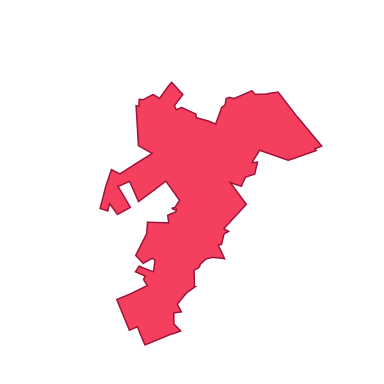 Tubutama, Sonora, Mexico (Albers equal-area conic projection), rotated 234°
{"feature_id": "50627088B99334846308648", "entity_name": "Tubutama", "entity_type": "district", "adm_level": 2, "iso_a3": "MEX", "parent_name": "Mexico", "parent_adm1": "Sonora", "projection": "albers", "projection_center": [-111.464, 30.932], "detail": "fine", "context": "isolated", "style": "filled", "palette": "rose", "viewbox_px": 384, "rotation_deg": 234, "n_neighbors": 0, "source": "geoboundaries", "source_scale": "gbopen_adm2", "svg_char_len": 3555}
<svg xmlns="http://www.w3.org/2000/svg" viewBox="0 0 384 384"><g transform="rotate(234 192 192)"><path d="M152.9,323.9L177.3,322.3L183.4,321.9L184.0,321.9L184.5,321.9L184.8,321.9L185.0,321.9L185.3,321.9L187.5,321.6L190.2,321.5L191.1,321.2L196.3,321.1L222.2,320.4L225.5,314.1L227.1,311.1L227.1,310.2L233.9,300.5L238.6,300.0L238.8,299.7L240.9,289.9L242.9,281.0L246.8,277.6L247.5,274.4L244.6,271.6L243.0,269.9L242.9,265.7L233.1,251.1L239.7,247.1L249.2,239.5L249.5,239.3L249.5,239.2L252.8,240.9L266.6,233.2L267.7,227.6L272.2,228.5L276.2,241.9L292.7,240.0L291.5,234.8L286.8,220.7L293.7,217.9L294.8,211.0L295.3,206.8L297.8,204.2L297.8,203.5L297.2,203.1L292.6,199.5L294.7,197.5L266.9,179.7L261.0,175.9L246.6,182.5L246.9,178.0L247.9,164.3L248.2,158.6L248.2,158.1L249.0,144.3L253.1,142.2L257.5,140.0L247.2,125.5L232.7,108.0L226.2,112.7L231.0,118.5L217.6,118.5L215.8,133.1L239.9,135.4L237.3,147.8L215.7,143.1L215.7,143.7L215.8,158.9L216.1,172.8L216.2,177.2L208.4,177.2L192.5,177.0L190.5,171.4L189.5,169.5L190.5,166.4L189.3,166.5L187.7,167.8L187.5,169.1L185.8,168.2L185.7,166.7L186.3,163.4L186.7,162.6L187.4,158.6L180.7,155.1L192.8,139.4L193.7,138.2L192.5,137.2L184.9,130.8L173.8,109.2L163.0,110.5L161.7,121.0L158.5,122.0L150.3,114.0L150.7,113.7L150.9,113.3L162.0,106.1L162.1,106.4L163.1,105.7L160.7,99.4L151.9,104.4L151.8,104.5L151.5,104.7L149.7,101.4L142.6,100.9L145.5,83.8L145.6,83.5L146.2,80.5L149.2,67.9L127.2,62.6L116.9,60.1L116.4,62.9L115.0,68.6L100.0,64.9L95.9,64.1L91.3,83.2L91.2,83.7L91.0,84.7L90.8,85.2L90.4,87.0L90.3,87.7L90.1,88.2L90.0,89.0L89.8,89.6L89.6,90.3L89.5,90.8L89.3,91.8L88.8,92.3L88.6,93.1L86.9,98.5L87.1,98.5L86.2,101.2L95.9,99.8L98.2,101.4L104.9,106.2L101.3,112.9L109.9,114.2L112.4,123.6L113.6,128.6L113.5,139.1L114.2,138.2L115.9,139.7L127.5,147.7L126.8,152.6L127.7,155.2L128.7,155.8L129.2,160.3L129.6,163.2L129.4,164.4L127.4,169.5L125.2,172.3L124.7,172.9L124.5,173.0L124.4,173.2L124.3,173.3L124.2,173.4L124.0,173.7L123.8,173.9L123.6,174.1L123.3,174.4L123.2,174.5L122.9,174.9L122.7,175.1L122.4,175.5L122.0,175.9L121.7,176.3L121.2,176.7L121.0,176.9L120.7,177.3L120.4,177.6L120.2,177.8L120.0,178.0L119.7,178.3L119.5,178.5L119.3,178.7L119.1,178.9L118.9,179.1L119.1,179.1L119.5,179.2L119.9,179.3L120.0,179.3L120.3,179.4L120.9,179.5L121.3,179.6L121.7,179.7L122.0,179.7L122.6,179.8L123.2,180.0L123.9,180.1L124.2,180.1L124.4,180.2L124.7,180.3L125.0,180.3L125.7,180.5L126.5,180.6L127.3,180.8L128.6,181.1L130.5,181.4L131.8,181.7L132.3,181.8L132.5,181.9L132.9,181.9L133.8,182.6L132.2,185.0L139.3,193.4L138.6,198.4L143.7,196.2L147.9,217.9L147.9,218.0L148.0,218.5L148.3,219.7L150.1,228.7L161.3,228.6L177.1,228.5L167.6,235.3L170.4,239.9L171.1,241.3L171.2,241.6L171.5,242.1L171.8,242.7L172.3,243.7L172.5,244.1L172.3,244.7L172.2,245.2L172.0,245.8L171.8,246.3L171.7,246.6L171.6,247.2L171.3,247.9L171.2,248.4L171.0,248.9L170.7,250.0L170.3,251.3L169.9,252.4L169.7,253.2L170.0,253.6L170.3,254.0L170.7,254.4L171.1,254.9L171.6,255.4L172.1,256.0L172.8,256.9L173.5,257.6L174.5,258.8L175.0,259.4L175.6,260.2L176.3,261.1L176.9,261.7L177.3,262.2L177.7,262.6L178.2,261.7L178.6,261.0L179.2,259.8L179.9,258.7L180.2,258.1L180.6,258.5L180.9,258.9L181.1,259.3L181.5,259.9L181.5,260.1L182.0,261.2L182.2,261.7L182.4,262.1L182.5,262.6L182.7,263.1L182.9,263.5L183.0,263.9L183.2,264.2L183.3,264.6L183.7,265.4L183.9,266.1L184.2,266.8L184.4,267.3L184.6,267.8L184.9,268.6L185.2,269.3L185.5,269.9L185.7,270.5L185.9,270.9L185.9,271.1L186.0,271.2L161.1,288.5L159.3,294.2L154.8,309.2L152.5,316.9L154.8,316.8L152.9,323.9Z" fill="#f43f5e" stroke="#9f1239" stroke-width="1.5"/></g></svg>